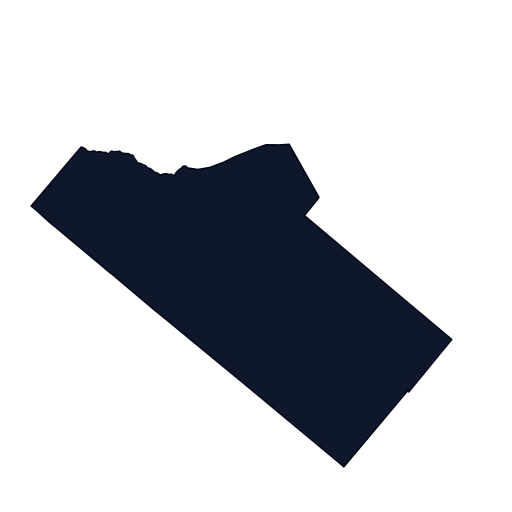 the district of Las Animas, Colorado, United States of America, rotated 40°
{"feature_id": "52423323B39140554867058", "entity_name": "Las Animas", "entity_type": "district", "adm_level": 2, "iso_a3": "USA", "parent_name": "United States of America", "parent_adm1": "Colorado", "projection": "equal_earth", "projection_center": [-104.663, 37.405], "detail": "fine", "context": "isolated", "style": "filled", "palette": "ink", "viewbox_px": 512, "rotation_deg": 40, "n_neighbors": 0, "source": "geoboundaries", "source_scale": "gbopen_adm2", "svg_char_len": 1313}
<svg xmlns="http://www.w3.org/2000/svg" viewBox="0 0 512 512"><g transform="rotate(40 256 256)"><path d="M209.6,149.1L202.9,155.5L192.1,164.4L186.4,174.2L180.7,184.7L175.8,193.8L170.9,205.1L163.6,217.9L155.8,227.1L147.0,232.5L144.3,232.3L142.9,233.4L142.3,234.9L142.3,235.9L142.6,237.1L141.9,238.0L141.4,240.3L141.3,243.0L141.2,244.3L141.7,245.5L141.5,246.8L139.7,247.6L138.7,247.7L138.2,248.1L136.7,249.5L135.8,250.3L134.9,250.2L133.9,251.0L133.5,251.5L132.1,252.9L130.7,255.5L128.0,255.7L126.4,256.1L124.2,257.1L122.0,256.9L120.0,256.9L118.6,257.1L116.0,258.3L113.7,257.7L110.8,258.6L108.1,259.3L106.5,260.3L104.9,260.6L103.0,259.9L100.6,259.5L98.6,258.7L96.9,258.0L94.9,259.2L92.5,259.5L90.1,261.4L87.2,263.2L84.3,263.4L81.7,265.9L80.4,267.4L77.9,268.5L77.4,270.2L77.6,271.3L77.3,272.7L76.3,272.9L74.4,273.0L72.7,274.7L71.0,275.5L70.2,275.8L68.4,277.1L67.4,278.8L65.2,279.2L63.5,280.4L62.0,282.6L59.4,284.1L56.7,283.6L54.6,283.9L52.5,284.8L52.0,284.9L51.6,362.2L55.3,362.2L58.4,362.2L76.4,362.9L82.0,362.8L134.9,362.7L152.0,362.7L155.8,362.7L156.0,362.5L176.8,362.6L212.3,362.7L229.6,362.4L277.4,362.0L331.2,361.5L331.4,361.5L445.1,361.0L458.8,361.0L458.8,261.9L460.4,261.9L459.6,194.1L395.3,194.1L267.1,193.9L266.8,172.7L266.4,170.5L209.6,149.1Z" fill="#0f172a" stroke="#020617" stroke-width="1.5"/></g></svg>